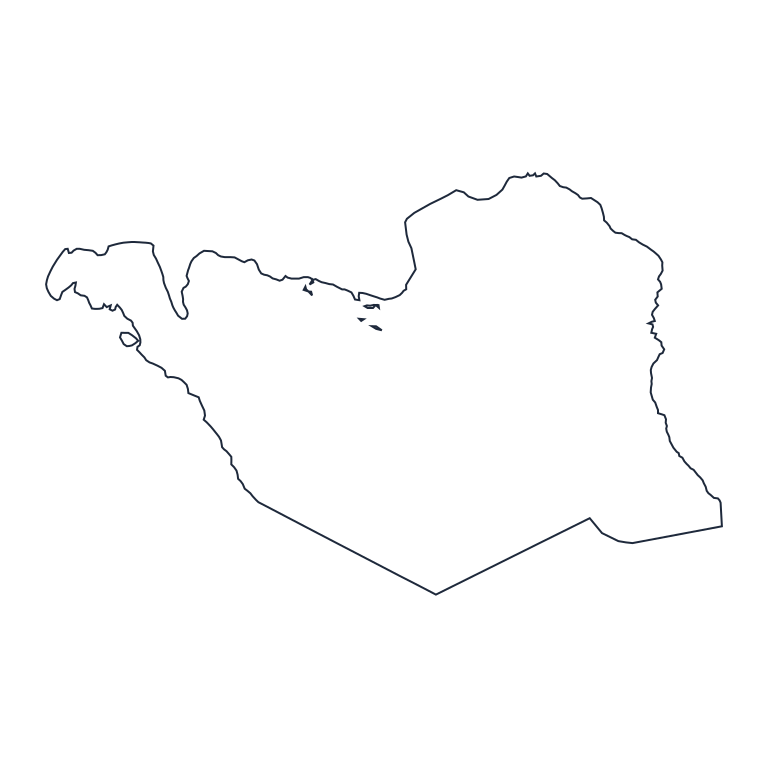 Turiaçu, Maranhão, Brazil, rotated 270°
{"feature_id": "56859067B17622420397796", "entity_name": "Turiaçu", "entity_type": "district", "adm_level": 2, "iso_a3": "BRA", "parent_name": "Brazil", "parent_adm1": "Maranhão", "projection": "mercator", "projection_center": [-45.384, -1.709], "detail": "fine", "context": "isolated", "style": "outline", "palette": "slate", "viewbox_px": 768, "rotation_deg": 270, "n_neighbors": 0, "source": "geoboundaries", "source_scale": "gbopen_adm2", "svg_char_len": 5709}
<svg xmlns="http://www.w3.org/2000/svg" viewBox="0 0 768 768"><g transform="rotate(270 384 384)"><path d="M488.1,312.5L490.0,310.5L490.9,307.8L490.9,303.8L489.4,299.0L489.4,296.1L489.4,291.5L490.4,287.6L492.0,285.5L488.3,282.5L487.3,279.6L488.6,276.3L489.6,272.6L491.5,270.0L492.7,267.3L493.3,264.1L494.6,261.2L498.4,258.8L503.8,257.0L507.5,254.4L508.5,251.6L507.7,247.8L505.8,244.4L506.7,241.9L510.6,234.6L510.9,229.8L510.9,224.6L511.5,220.9L512.8,218.2L515.0,215.9L516.7,212.4L516.9,208.9L517.2,204.0L514.6,199.5L511.9,196.5L510.0,193.8L506.6,191.4L503.9,190.2L500.1,189.0L497.8,188.1L492.1,186.6L489.8,187.5L487.0,188.9L483.8,187.8L481.4,185.8L480.1,183.5L476.3,181.7L472.1,182.6L468.9,183.1L466.1,183.0L463.3,183.7L460.5,185.5L457.7,187.0L454.6,187.7L451.8,187.1L449.3,185.2L449.2,182.0L452.3,178.1L455.4,176.3L457.4,175.0L460.3,173.4L462.6,172.4L466.2,171.3L469.5,169.9L472.6,169.0L476.2,167.8L480.2,165.8L485.0,164.0L488.0,163.4L491.0,163.3L494.0,162.4L496.9,161.4L501.0,159.9L505.4,157.8L509.4,156.0L513.0,153.8L516.6,152.9L522.4,153.5L524.6,150.8L525.0,148.5L525.3,145.5L525.5,142.2L525.7,139.7L526.0,134.3L526.0,131.7L525.7,127.8L525.3,123.4L524.5,119.1L523.6,115.4L522.6,111.7L521.6,108.6L518.3,107.7L515.8,106.4L513.7,104.8L512.9,101.2L512.8,97.6L515.2,95.5L517.2,92.8L517.8,88.6L518.2,84.2L519.2,79.7L519.2,76.7L517.4,73.6L515.3,71.6L515.0,68.9L519.2,67.7L518.9,65.2L516.2,62.8L508.2,57.0L501.4,52.8L496.7,50.4L491.5,48.0L487.8,46.9L483.7,46.1L479.8,46.8L476.0,48.5L472.1,50.8L469.3,54.1L467.8,57.0L468.9,59.7L473.4,61.3L476.1,62.4L478.1,65.3L480.5,68.6L482.7,71.2L484.9,73.0L485.5,75.9L482.2,75.4L479.1,74.5L475.9,75.0L474.7,77.8L472.7,80.7L472.2,84.5L470.6,87.0L467.9,88.2L465.1,89.2L462.9,90.4L459.5,91.9L459.1,95.2L459.2,99.1L459.9,102.5L463.8,104.0L460.9,106.7L462.6,110.7L458.7,109.7L457.3,112.5L458.5,115.1L461.0,115.7L463.2,117.2L460.5,119.8L458.1,121.7L454.9,123.2L452.1,124.3L449.3,127.3L447.4,131.0L445.3,132.6L442.3,132.9L436.8,136.8L432.7,139.1L428.7,140.3L425.5,140.4L422.7,139.7L421.2,137.5L418.2,137.0L415.6,139.6L413.5,141.5L410.6,144.4L407.8,146.2L405.6,149.5L404.5,152.7L403.3,155.3L402.3,157.5L400.2,161.5L397.2,164.9L392.3,165.7L390.6,167.9L391.0,170.4L390.8,173.8L389.7,178.5L388.1,181.5L385.9,183.9L383.2,186.6L379.1,187.9L374.9,188.4L372.4,194.5L370.7,198.7L367.2,199.8L362.3,202.0L357.5,204.3L352.4,205.0L348.3,203.7L345.7,206.7L341.4,210.8L338.8,213.0L336.4,214.9L333.8,217.0L331.2,219.0L327.5,221.0L323.4,221.7L320.8,222.1L318.7,224.0L316.8,226.5L313.6,229.3L311.2,231.3L308.1,231.4L303.6,231.3L300.8,234.1L297.4,236.5L293.3,237.6L289.2,238.1L286.9,240.6L283.9,242.8L279.3,244.7L277.3,247.3L274.7,250.4L271.8,252.6L268.1,256.0L265.8,258.4L263.9,262.1L234.9,317.5L192.2,399.5L181.8,419.8L173.4,435.9L223.8,537.3L249.8,589.7L234.9,602.0L226.9,618.3L225.6,626.0L224.9,632.5L241.7,721.9L265.3,720.6L267.6,719.6L269.6,717.9L270.1,713.9L273.1,710.6L274.8,708.4L277.2,706.7L281.2,705.7L284.8,703.8L287.6,702.7L290.6,700.2L292.9,697.7L298.2,693.6L299.7,690.6L302.3,688.5L304.1,686.6L306.6,684.4L310.3,682.4L312.0,679.3L314.9,678.7L316.2,676.7L320.3,673.4L324.4,671.2L327.0,669.8L330.9,669.3L333.3,668.3L336.3,666.8L339.4,666.2L342.0,666.9L345.2,665.7L348.7,666.0L352.8,664.4L353.7,661.7L354.8,658.0L358.0,658.0L360.9,656.8L365.5,655.2L368.3,652.8L375.6,650.7L380.4,651.0L384.0,651.7L386.9,651.4L390.0,652.0L395.0,651.0L398.0,650.8L401.0,651.6L404.5,653.4L407.9,657.0L411.5,658.6L413.8,659.7L415.0,662.6L418.7,664.2L422.4,661.6L425.8,661.3L427.9,658.7L430.3,654.8L434.2,656.2L435.2,651.3L438.8,652.1L441.1,653.1L443.6,652.5L444.6,648.5L446.2,651.7L447.0,654.8L450.0,653.8L453.2,652.0L456.2,652.7L459.0,654.9L462.6,658.1L465.4,655.8L468.2,655.2L471.5,657.7L475.6,657.4L479.2,661.7L483.7,661.1L486.2,660.1L488.6,658.0L491.6,659.0L494.0,660.8L497.4,662.6L502.5,662.2L505.7,662.4L508.4,661.0L512.2,658.5L514.7,655.7L516.5,653.6L518.1,651.3L521.4,646.9L523.4,642.8L525.7,639.0L528.2,635.9L528.7,632.1L530.9,629.4L532.0,626.7L533.1,624.5L534.8,621.7L534.9,618.7L535.3,615.4L537.1,613.1L539.5,610.6L541.8,609.6L545.4,606.7L547.6,604.1L551.2,603.9L554.9,603.0L559.8,601.6L563.2,600.3L565.8,597.5L567.8,594.4L570.0,591.0L569.6,587.0L569.3,582.2L570.5,579.9L573.0,578.0L574.8,575.4L576.8,571.9L578.6,569.6L580.4,566.3L580.8,563.2L582.0,559.8L584.7,557.7L587.8,554.8L590.0,551.9L594.0,547.2L594.5,543.7L592.2,541.0L591.5,536.3L594.6,535.0L592.7,533.0L592.2,529.6L594.6,527.8L591.6,525.9L590.4,521.5L591.0,517.8L591.5,514.1L590.0,509.3L586.4,506.8L582.1,504.5L578.4,502.4L573.1,496.5L569.0,488.6L568.2,477.5L571.5,468.4L575.7,463.8L577.8,456.2L572.8,447.8L569.4,441.1L564.1,430.2L555.2,414.4L549.2,406.9L545.7,405.1L533.4,406.6L526.3,408.4L519.8,411.4L505.7,414.3L498.7,415.7L483.2,406.1L478.7,406.2L477.2,403.6L475.2,402.1L472.9,399.7L470.9,395.5L469.5,391.7L469.2,389.0L468.2,384.6L469.5,380.0L470.6,377.2L471.5,374.3L472.7,370.6L474.2,366.2L475.0,362.6L475.2,359.2L471.8,358.7L467.8,359.4L468.5,355.0L472.2,353.4L475.6,351.4L477.5,347.4L478.6,344.6L478.6,342.1L481.2,337.0L483.5,333.0L483.9,329.3L485.0,325.3L485.8,321.6L487.0,319.0L488.9,315.7L488.1,312.5ZM463.0,375.7L460.0,373.0L460.0,367.6L461.8,364.6L462.6,366.9L462.3,370.2L462.9,373.0L463.0,375.7ZM441.7,376.1L437.7,381.8L439.1,376.2L441.8,371.8L441.7,376.1ZM476.5,308.5L478.1,303.7L481.4,305.4L478.7,306.1L476.5,308.5ZM488.1,312.5L485.6,313.3L483.5,309.6L488.1,312.5ZM476.5,308.5L476.3,311.1L472.6,312.1L476.5,308.5ZM449.2,359.2L448.8,363.8L447.1,361.2L449.2,359.2ZM463.0,375.7L462.9,378.5L460.2,378.9L463.0,375.7ZM429.7,136.0L432.8,132.0L435.1,128.4L435.2,121.4L430.6,120.0L427.2,122.0L423.9,123.7L421.8,126.8L422.0,129.3L422.6,131.9L424.7,135.2L427.2,138.2L429.7,136.0Z" fill="none" stroke="#1e293b" stroke-width="2"/></g></svg>